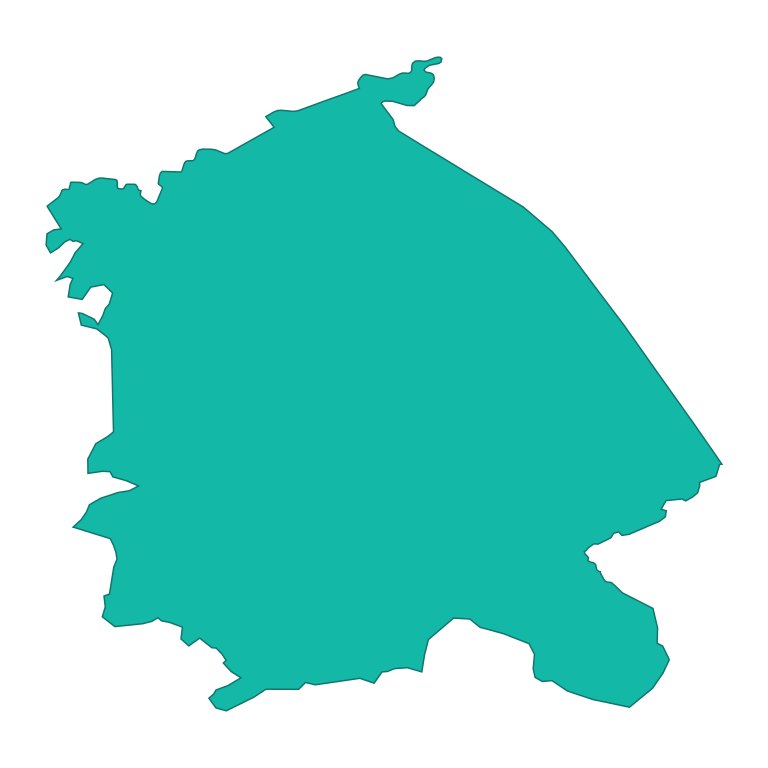 an SVG outline of Pavlodar
{"feature_id": "KAZ-3205", "entity_name": "Pavlodar", "entity_type": "Region", "adm_level": 1, "iso_a3": "KAZ", "parent_name": "Kazakhstan", "parent_adm1": "", "projection": "robinson", "projection_center": [75.843, 52.234], "detail": "fine", "context": "isolated", "style": "filled", "palette": "teal", "viewbox_px": 768, "rotation_deg": 0, "n_neighbors": 0, "source": "natural_earth", "source_scale": "10m", "svg_char_len": 4035}
<svg xmlns="http://www.w3.org/2000/svg" viewBox="0 0 768 768"><path d="M437.5,57.2L440.2,57.3L441.8,58.7L441.1,61.9L439.0,63.4L429.9,65.2L427.8,66.3L425.3,68.1L424.0,70.1L425.5,71.9L431.2,73.2L433.3,74.6L434.3,78.1L433.7,81.8L431.8,84.6L429.5,87.1L427.5,89.8L426.1,94.1L425.2,95.6L424.0,96.9L421.1,98.9L420.0,100.3L414.2,105.6L407.2,105.5L392.7,101.3L385.5,101.0L383.3,101.6L381.4,102.7L381.1,103.6L392.8,119.1L393.5,120.9L395.0,126.4L398.5,130.9L408.2,136.9L422.2,145.5L443.5,158.4L464.7,171.4L486.0,184.3L507.3,197.3L523.1,206.9L537.1,218.8L542.9,223.8L552.4,231.9L565.2,247.1L573.1,257.6L585.7,274.4L598.3,291.2L611.0,308.0L623.7,324.8L640.4,348.4L657.1,372.1L673.9,395.7L690.7,419.3L690.8,419.3L703.5,437.6L716.2,455.9L721.9,464.2L719.6,464.5L715.9,476.4L699.6,482.4L699.7,486.1L697.6,492.9L692.1,497.3L685.7,500.9L681.8,499.0L666.1,500.6L661.1,509.4L666.3,510.7L665.3,516.9L659.6,521.2L629.1,534.3L621.9,535.4L618.7,531.9L613.7,533.2L610.9,537.8L598.1,544.1L593.8,543.9L587.7,548.3L586.8,549.8L585.2,551.2L584.4,551.5L584.9,554.0L586.9,555.8L588.5,557.7L587.7,560.6L590.5,562.1L593.4,562.7L595.6,564.4L596.6,569.2L597.0,570.0L597.8,570.7L598.7,571.3L599.4,571.5L600.3,571.7L600.5,572.1L600.4,572.8L600.7,573.6L603.8,579.3L605.2,581.2L607.0,582.1L610.8,582.4L612.3,583.2L613.6,584.6L614.6,585.3L622.3,592.8L653.0,608.5L657.6,628.2L657.1,643.2L662.7,646.1L669.3,659.7L663.0,673.1L652.4,688.4L629.4,707.2L592.8,699.5L567.4,691.0L552.0,680.6L542.3,681.5L535.1,677.4L533.2,668.6L534.5,654.3L529.1,643.7L503.3,633.6L480.0,627.3L469.8,619.0L453.6,618.1L428.4,639.5L424.5,655.0L421.8,671.9L407.5,667.7L394.6,668.6L387.4,671.5L382.1,671.9L374.1,683.2L359.9,678.3L315.2,684.8L305.5,682.5L298.7,689.3L265.9,689.2L254.0,697.1L226.3,710.8L215.9,707.9L208.9,698.2L213.8,693.9L216.0,690.0L228.2,685.5L240.9,677.8L231.2,671.6L223.3,663.0L226.1,660.4L222.1,654.1L216.2,648.1L211.8,647.7L199.7,638.1L188.8,645.9L181.0,638.9L182.4,627.1L169.3,622.3L161.4,620.8L158.0,617.7L151.8,621.4L142.7,623.7L114.9,626.6L102.3,616.8L105.3,606.9L104.0,596.1L109.5,594.0L113.8,567.0L117.0,559.3L116.0,552.5L113.4,545.0L110.2,538.6L73.1,527.1L81.1,519.8L86.4,512.1L89.5,504.7L100.8,498.2L118.2,492.5L129.1,490.8L138.6,486.0L126.1,480.6L112.9,476.9L110.0,471.6L102.2,471.3L88.0,473.4L87.8,459.1L95.9,443.6L107.5,436.7L113.5,431.9L111.6,349.7L108.2,338.0L104.8,335.1L96.8,328.9L81.3,325.1L78.4,312.9L82.1,313.4L94.3,319.3L98.0,324.7L102.9,315.4L105.4,308.4L109.2,304.2L112.6,293.0L103.9,284.6L90.8,287.1L82.2,299.4L68.2,296.9L70.2,284.4L72.9,278.4L67.1,276.5L56.5,280.4L60.3,276.0L70.3,262.1L75.3,252.6L83.1,243.6L76.5,240.7L73.0,241.4L70.0,239.3L64.9,241.8L58.4,248.0L50.5,252.9L46.1,245.0L47.0,233.8L53.8,229.9L61.2,228.9L47.2,206.4L47.2,206.1L55.6,199.6L58.3,197.5L59.3,196.4L60.2,194.8L61.3,192.2L61.7,190.7L62.5,189.9L64.5,189.3L65.4,189.2L68.1,189.6L69.1,189.3L69.4,188.2L69.5,186.9L70.4,184.6L70.4,183.5L70.6,182.5L71.4,182.2L80.2,182.4L82.1,182.8L86.0,184.6L87.8,184.1L95.8,179.2L99.4,178.1L103.1,178.1L107.6,178.7L115.3,179.5L116.9,180.3L117.4,182.6L117.2,185.4L117.4,187.8L119.0,188.8L122.5,189.0L123.7,188.3L125.9,184.8L127.1,184.2L134.7,184.3L135.7,184.7L137.1,186.5L137.8,188.6L138.8,190.2L141.0,190.7L140.2,194.1L140.9,196.3L145.0,199.6L151.0,203.5L154.4,204.1L156.8,201.8L162.4,188.3L162.2,187.2L161.0,185.9L158.9,184.4L158.3,183.4L159.4,176.0L160.4,173.1L162.1,171.4L180.7,172.0L181.9,171.1L184.0,164.2L185.1,162.1L186.1,161.2L187.4,160.9L193.2,160.6L194.3,159.7L195.3,157.6L196.6,153.3L197.5,151.3L198.6,150.1L202.5,149.1L211.9,149.3L215.9,150.0L224.7,153.6L227.8,153.4L242.6,145.0L256.3,137.3L274.1,127.3L265.8,116.6L273.6,112.1L277.6,110.5L281.7,110.3L293.4,111.4L297.7,110.8L303.5,108.7L310.4,106.2L323.2,101.5L343.3,94.3L359.4,88.4L358.1,85.0L357.8,82.6L358.7,80.3L360.6,77.6L362.9,75.2L365.1,74.4L387.7,78.9L392.7,77.9L399.9,73.9L402.3,73.1L404.1,73.0L407.5,73.3L409.3,73.1L411.3,71.6L411.8,69.1L411.8,66.1L412.5,63.4L414.9,61.3L418.1,60.8L424.4,61.3L427.3,60.9L435.2,57.7L437.5,57.2Z" fill="#14b8a6" stroke="#0f766e" stroke-width="1.5"/></svg>